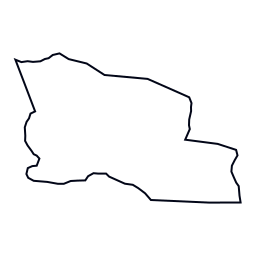 Lagoa, Paraíba, Brazil
{"feature_id": "56859067B59485240608457", "entity_name": "Lagoa", "entity_type": "district", "adm_level": 2, "iso_a3": "BRA", "parent_name": "Brazil", "parent_adm1": "Paraíba", "projection": "robinson", "projection_center": [-37.9, -6.583], "detail": "fine", "context": "isolated", "style": "outline", "palette": "ink", "viewbox_px": 256, "rotation_deg": 0, "n_neighbors": 0, "source": "geoboundaries", "source_scale": "gbopen_adm2", "svg_char_len": 922}
<svg xmlns="http://www.w3.org/2000/svg" viewBox="0 0 256 256"><path d="M15.4,59.7L24.8,84.3L35.1,111.4L30.5,113.6L29.0,118.4L26.6,121.8L24.8,127.3L25.3,135.8L25.1,140.9L27.6,145.5L31.5,150.8L33.7,154.2L36.7,155.6L39.4,158.6L36.7,165.7L32.3,166.1L27.8,168.1L26.4,174.0L28.2,177.8L33.7,180.8L47.2,181.9L57.9,183.8L63.8,183.8L70.7,181.0L77.8,180.6L85.3,180.4L88.1,176.2L93.5,173.2L98.2,173.6L106.1,173.6L109.1,176.6L124.9,183.7L132.8,184.8L138.2,188.1L145.1,193.3L150.9,200.0L169.3,200.8L209.2,202.6L240.6,202.5L239.5,195.6L238.7,186.1L236.2,182.6L233.7,177.0L231.4,171.6L231.9,165.7L234.7,160.2L237.5,155.4L236.1,149.9L217.7,143.9L185.2,139.7L189.8,129.1L189.0,125.3L189.2,119.5L191.1,111.1L191.0,107.0L191.5,103.1L189.2,97.3L179.1,92.8L147.6,78.9L104.5,75.0L86.7,63.5L68.7,59.1L59.5,53.4L52.7,55.0L48.6,58.2L44.9,59.0L40.4,61.3L33.0,61.9L27.6,61.2L21.4,62.1L15.4,59.7Z" fill="none" stroke="#020617" stroke-width="2"/></svg>